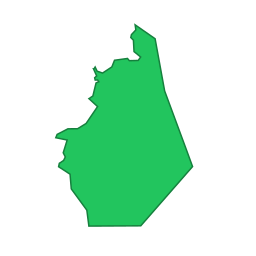 Aweil Centre, Northern Bahr el Ghazal, South Sudan (Albers equal-area conic projection), rotated 279°
{"feature_id": "79223893B3139508517189", "entity_name": "Aweil Centre", "entity_type": "district", "adm_level": 2, "iso_a3": "SSD", "parent_name": "South Sudan", "parent_adm1": "Northern Bahr el Ghazal", "projection": "albers", "projection_center": [27.174, 8.427], "detail": "fine", "context": "isolated", "style": "filled", "palette": "green", "viewbox_px": 256, "rotation_deg": 279, "n_neighbors": 0, "source": "geoboundaries", "source_scale": "gbopen_adm2", "svg_char_len": 709}
<svg xmlns="http://www.w3.org/2000/svg" viewBox="0 0 256 256"><g transform="rotate(279 128 128)"><path d="M183.1,86.0L181.0,85.1L181.0,84.7L174.5,88.9L172.4,87.2L170.2,88.1L170.7,90.5L169.1,91.9L167.5,89.4L154.1,88.3L150.9,84.8L144.4,94.6L125.9,85.9L119.4,78.3L117.8,68.8L110.6,59.0L107.1,58.2L106.6,69.8L93.4,67.9L89.6,70.6L85.9,69.5L82.4,65.7L78.9,65.5L73.3,78.0L59.0,81.5L40.4,100.2L25.0,104.7L33.4,155.9L100.0,197.8L117.4,188.1L158.2,165.2L170.3,158.4L220.4,140.8L231.0,118.9L226.1,120.4L220.8,116.8L217.8,116.6L215.6,119.6L204.4,122.0L200.1,129.4L196.3,127.5L194.7,118.8L196.6,116.6L192.8,104.1L185.8,102.5L178.3,94.3L179.3,88.6L183.1,86.0Z" fill="#22c55e" stroke="#15803d" stroke-width="1.5"/></g></svg>